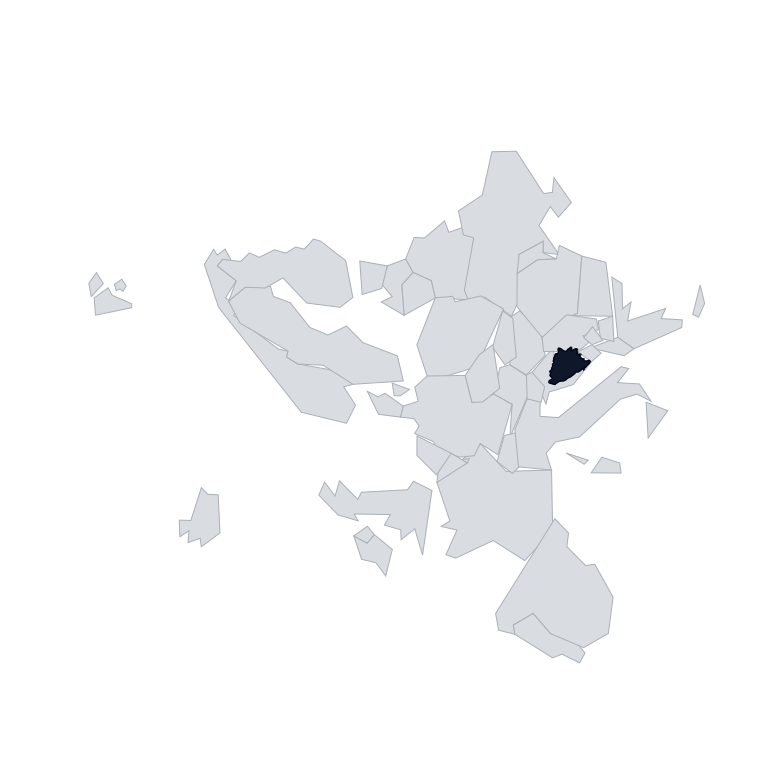 Bosnia and Herzegovina on a map of Europe (orthographic projection), rotated 278°
{"feature_id": "BIH", "entity_name": "Bosnia and Herzegovina", "entity_type": "country or territory", "adm_level": 0, "iso_a3": "BIH", "parent_name": "Europe", "parent_adm1": "", "projection": "orthographic", "projection_center": [18.137, 43.918], "detail": "fine", "context": "in_parent", "style": "filled", "palette": "ink", "viewbox_px": 768, "rotation_deg": 278, "n_neighbors": 37, "source": "natural_earth", "source_scale": "50m", "svg_char_len": 9245}
<svg xmlns="http://www.w3.org/2000/svg" viewBox="0 0 768 768"><g transform="rotate(278 384 384)"><path d="M412.0,88.7L428.8,85.0L440.9,97.5L434.1,102.3L428.3,123.0L424.4,123.4L412.0,88.7ZM495.5,207.9L484.5,216.0L484.9,206.8L477.7,202.5L465.7,223.3L447.2,215.1L440.7,227.7L430.9,225.7L403.9,274.6L403.2,284.4L397.1,283.8L391.8,296.0L390.3,336.9L379.4,353.4L375.6,344.5L359.1,358.8L339.9,352.3L344.5,306.1L436.8,209.6L477.4,189.4L493.7,196.6L488.5,200.8L495.5,207.9ZM454.3,83.7L444.4,92.1L429.8,81.9L442.7,77.7L454.3,83.7ZM451.3,109.8L445.1,115.1L439.5,112.6L441.4,109.4L439.4,105.8L445.1,103.1L451.3,109.8Z" fill="#d9dde1" stroke="#a8b0b8" stroke-width="1"/><path d="M293.9,450.1L338.4,487.6L314.5,517.2L322.1,561.9L262.4,571.4L228.7,548.0L244.2,513.8L221.5,479.2L223.6,469.1L249.5,476.6L250.9,460.4L257.6,468.3L293.9,450.1ZM332.4,593.4L341.0,573.9L336.9,596.8L332.4,593.4Z" fill="#d9dde1" stroke="#a8b0b8" stroke-width="1"/><path d="M379.4,353.4L394.1,321.0L391.8,296.0L397.1,283.8L403.2,284.4L424.3,232.8L444.4,218.6L460.5,233.0L464.9,258.0L455.3,262.3L451.5,279.9L429.7,302.6L424.7,321.6L436.2,338.8L422.0,357.4L413.7,393.4L389.7,402.7L379.4,353.4Z" fill="#d9dde1" stroke="#a8b0b8" stroke-width="1"/><path d="M510.8,388.0L533.3,393.5L534.3,403.8L554.0,421.3L543.2,427.1L549.8,439.9L541.2,452.5L479.2,455.6L476.4,422.8L492.9,416.4L498.6,397.1L510.8,388.0Z" fill="#d9dde1" stroke="#a8b0b8" stroke-width="1"/><path d="M597.2,524.1L612.1,523.5L589.8,544.3L573.4,533.4L582.9,524.0L562.5,515.4L536.6,539.4L536.2,523.1L547.4,521.8L531.1,499.7L495.9,508.9L468.9,500.9L484.0,471.6L479.2,455.6L487.9,450.5L541.2,452.5L542.7,441.9L565.7,433.7L584.9,455.1L629.0,458.5L632.9,482.6L594.8,515.6L597.2,524.1Z" fill="#d9dde1" stroke="#a8b0b8" stroke-width="1"/><path d="M476.4,422.8L480.4,439.8L475.4,443.0L484.6,467.5L474.9,492.0L413.9,473.2L396.8,436.5L397.9,425.6L427.4,411.1L476.4,422.8Z" fill="#d9dde1" stroke="#a8b0b8" stroke-width="1"/><path d="M420.6,505.9L410.9,526.2L397.3,529.3L348.1,516.1L381.6,513.7L389.2,494.1L416.3,496.5L420.6,505.9Z" fill="#d9dde1" stroke="#a8b0b8" stroke-width="1"/><path d="M468.9,500.9L475.2,508.2L460.0,531.2L434.8,539.6L412.8,523.8L420.6,505.9L468.9,500.9Z" fill="#d9dde1" stroke="#a8b0b8" stroke-width="1"/><path d="M511.8,500.5L531.1,499.7L547.4,521.8L536.2,523.1L531.8,537.3L528.4,518.8L511.8,500.5Z" fill="#d9dde1" stroke="#a8b0b8" stroke-width="1"/><path d="M531.8,537.3L545.7,538.3L538.2,562.1L480.9,565.7L452.2,534.1L479.1,504.9L511.8,500.5L528.4,518.8L531.8,537.3Z" fill="#d9dde1" stroke="#a8b0b8" stroke-width="1"/><path d="M498.6,397.1L492.9,416.4L476.4,422.8L454.8,394.3L484.5,387.8L498.6,397.1Z" fill="#d9dde1" stroke="#a8b0b8" stroke-width="1"/><path d="M501.4,370.8L510.8,388.0L498.6,397.1L484.5,387.8L454.8,394.3L464.9,369.9L471.7,379.9L484.5,365.6L501.4,370.8Z" fill="#d9dde1" stroke="#a8b0b8" stroke-width="1"/><path d="M502.4,342.9L501.4,370.8L478.4,368.5L469.5,349.9L502.4,342.9Z" fill="#d9dde1" stroke="#a8b0b8" stroke-width="1"/><path d="M397.9,425.6L403.8,463.2L378.1,473.7L389.2,494.1L381.6,513.7L329.9,506.6L338.4,487.6L325.6,483.3L322.1,469.5L325.6,445.4L333.8,441.2L339.2,421.2L347.3,424.6L353.9,418.4L353.5,405.0L364.8,406.0L371.6,420.3L385.2,414.9L397.9,425.6Z" fill="#d9dde1" stroke="#a8b0b8" stroke-width="1"/><path d="M477.7,560.0L480.9,565.7L538.2,562.1L535.4,586.8L483.0,601.0L477.7,560.0Z" fill="#d9dde1" stroke="#a8b0b8" stroke-width="1"/><path d="M526.0,683.3L508.3,690.3L494.0,686.2L495.8,680.1L526.0,683.3ZM462.7,609.0L521.5,594.7L516.6,605.7L491.7,609.7L499.7,617.2L480.3,616.5L498.0,652.4L487.4,649.3L489.0,670.4L481.4,671.0L453.7,626.6L462.7,609.0Z" fill="#d9dde1" stroke="#a8b0b8" stroke-width="1"/><path d="M462.7,609.0L453.7,626.6L445.4,617.8L448.4,583.1L462.7,609.0Z" fill="#d9dde1" stroke="#a8b0b8" stroke-width="1"/><path d="M416.2,528.9L444.2,546.9L407.5,552.6L434.9,586.3L409.7,571.4L399.1,548.7L386.7,547.2L416.2,528.9Z" fill="#d9dde1" stroke="#a8b0b8" stroke-width="1"/><path d="M349.8,510.3L355.7,525.7L324.5,532.3L313.3,523.6L322.8,506.7L349.8,510.3Z" fill="#d9dde1" stroke="#a8b0b8" stroke-width="1"/><path d="M319.7,469.7L321.9,479.0L317.4,477.4L319.7,469.7Z" fill="#d9dde1" stroke="#a8b0b8" stroke-width="1"/><path d="M324.7,460.3L317.4,477.4L293.9,450.1L316.0,449.3L324.7,460.3Z" fill="#d9dde1" stroke="#a8b0b8" stroke-width="1"/><path d="M337.1,423.9L324.7,460.3L301.3,448.6L317.9,426.5L337.1,423.9Z" fill="#d9dde1" stroke="#a8b0b8" stroke-width="1"/><path d="M154.4,548.3L163.4,545.5L177.7,563.6L159.9,583.9L158.7,606.5L145.6,620.5L135.1,616.4L141.2,597.8L136.3,589.0L154.4,548.3Z" fill="#d9dde1" stroke="#a8b0b8" stroke-width="1"/><path d="M150.7,618.4L159.9,583.9L177.7,563.6L163.4,545.5L154.4,548.3L156.1,531.7L172.4,526.5L274.4,571.9L262.1,587.5L248.4,587.7L232.3,608.9L234.8,617.8L204.9,640.5L168.3,640.9L150.7,618.4Z" fill="#d9dde1" stroke="#a8b0b8" stroke-width="1"/><path d="M233.5,395.3L221.3,415.3L194.1,412.4L205.8,401.0L207.3,386.2L229.4,375.2L224.0,389.4L233.5,395.3Z" fill="#d9dde1" stroke="#a8b0b8" stroke-width="1"/><path d="M357.0,520.0L389.3,527.8L389.8,540.9L373.7,542.9L375.0,561.4L434.2,616.5L433.3,624.2L417.9,615.1L419.6,637.0L404.1,650.8L409.2,635.9L402.0,620.3L358.8,585.0L350.5,561.9L338.0,554.2L322.1,561.9L320.7,528.7L357.0,520.0ZM367.4,653.1L402.4,646.1L397.0,668.7L367.4,653.1ZM324.9,601.6L341.8,609.9L338.6,628.4L328.8,631.2L324.9,601.6Z" fill="#d9dde1" stroke="#a8b0b8" stroke-width="1"/><path d="M364.8,406.0L353.5,405.0L353.2,382.8L374.4,368.5L370.5,379.8L375.0,386.3L364.8,406.0ZM386.0,392.0L382.1,410.0L374.4,401.5L373.9,395.7L386.0,392.0Z" fill="#d9dde1" stroke="#a8b0b8" stroke-width="1"/><path d="M233.5,395.3L224.0,389.4L229.4,375.2L240.8,387.4L233.5,395.3ZM255.6,408.5L251.1,372.5L244.9,377.5L247.9,356.8L264.8,335.0L278.6,338.8L266.3,351.1L281.9,353.4L266.2,374.0L273.7,376.8L282.5,422.0L291.8,426.7L285.2,446.3L219.9,446.0L244.9,434.6L232.2,422.6L241.9,420.9L244.3,404.0L255.6,408.5Z" fill="#d9dde1" stroke="#a8b0b8" stroke-width="1"/><path d="M255.9,217.6L250.3,224.7L251.2,235.2L213.7,242.3L197.3,225.7L205.6,223.5L199.7,212.0L211.6,211.4L204.3,203.1L220.7,200.2L222.0,211.7L255.9,217.6Z" fill="#d9dde1" stroke="#a8b0b8" stroke-width="1"/><path d="M389.3,527.8L412.8,523.8L416.2,528.9L403.6,543.5L387.6,542.1L389.3,527.8Z" fill="#d9dde1" stroke="#a8b0b8" stroke-width="1"/><path d="M484.9,206.8L485.4,225.0L495.1,232.4L492.1,242.8L501.6,256.7L499.9,268.5L507.3,277.4L506.5,286.4L517.7,294.0L516.7,301.2L500.9,328.9L465.4,341.1L453.8,329.7L453.4,296.2L475.0,269.1L462.5,253.0L460.5,233.0L444.4,218.6L465.7,223.3L477.7,202.5L484.9,206.8Z" fill="#d9dde1" stroke="#a8b0b8" stroke-width="1"/><path d="M472.8,491.3L467.0,502.4L429.0,511.2L419.8,501.0L435.5,486.5L472.8,491.3Z" fill="#d9dde1" stroke="#a8b0b8" stroke-width="1"/><path d="M403.8,463.2L426.3,474.3L438.2,486.5L395.9,499.1L379.9,484.1L378.1,473.7L403.8,463.2Z" fill="#d9dde1" stroke="#a8b0b8" stroke-width="1"/><path d="M476.2,587.4L483.0,601.0L458.1,605.7L459.4,591.9L476.2,587.4Z" fill="#d9dde1" stroke="#a8b0b8" stroke-width="1"/><path d="M438.5,537.4L452.2,534.1L477.9,555.1L477.9,585.3L467.8,588.8L459.4,574.5L453.8,581.2L442.8,571.3L438.5,537.4Z" fill="#d9dde1" stroke="#a8b0b8" stroke-width="1"/><path d="M451.9,584.5L444.7,594.7L434.9,586.3L442.8,571.3L451.9,584.5Z" fill="#d9dde1" stroke="#a8b0b8" stroke-width="1"/><path d="M457.6,594.8L451.9,584.5L457.5,575.4L469.7,582.5L457.6,594.8Z" fill="#d9dde1" stroke="#a8b0b8" stroke-width="1"/><path d="M443.8,552.0L443.9,552.3L443.7,553.4L443.3,554.6L442.6,555.9L441.9,557.1L441.7,557.7L441.7,558.7L441.6,559.4L441.7,559.9L442.0,560.3L442.8,560.6L443.9,561.3L444.8,562.3L446.0,563.5L446.4,563.9L446.4,564.3L446.1,564.7L445.1,564.8L444.0,564.8L443.6,564.6L443.2,564.8L443.0,565.1L443.1,565.4L444.2,566.7L445.5,568.7L445.6,569.6L445.5,570.3L445.2,570.8L444.6,570.7L444.2,570.3L443.6,570.4L443.1,570.5L442.5,571.2L442.2,571.2L441.7,571.3L441.4,571.4L440.8,571.2L440.3,571.1L440.0,571.3L439.9,571.8L440.3,572.5L440.9,573.7L440.8,574.7L440.3,574.8L439.9,574.0L439.5,573.9L439.0,573.9L438.0,574.8L437.2,575.6L437.0,576.1L436.7,576.7L436.7,577.1L436.7,578.5L435.3,578.7L435.0,578.9L434.8,579.3L434.9,581.1L435.1,582.0L435.9,583.5L435.9,584.0L435.8,584.3L435.2,584.8L434.9,585.1L433.8,584.7L433.4,584.6L431.5,583.3L430.7,582.5L429.4,581.6L428.5,581.1L428.1,580.2L427.5,580.1L426.7,580.3L425.9,579.7L426.5,579.4L426.6,579.1L426.6,578.8L426.3,578.2L424.0,576.0L422.9,574.5L422.7,573.9L422.7,572.5L422.4,572.1L420.8,571.4L418.9,569.5L417.0,567.7L416.7,567.1L415.8,565.7L414.6,564.4L413.6,563.6L412.9,562.7L412.0,561.3L411.6,559.4L411.3,557.6L411.0,557.0L410.5,556.7L408.8,554.6L407.4,553.4L407.4,552.1L407.7,550.0L408.1,547.5L408.4,547.2L409.1,547.0L409.8,547.1L410.5,547.4L411.7,549.1L412.5,549.8L413.1,550.1L413.8,549.4L414.7,547.9L415.5,547.2L418.1,547.5L419.4,546.4L421.5,547.9L422.3,548.1L422.8,547.9L423.5,548.0L424.9,548.5L425.3,548.7L425.7,548.6L426.8,548.1L427.1,548.1L428.4,549.3L429.0,549.3L429.7,548.8L430.2,548.4L431.6,548.7L432.4,548.5L433.1,548.5L433.8,548.7L434.5,548.9L435.2,549.2L436.9,549.3L437.8,550.0L438.1,550.7L438.1,551.1L438.2,551.6L438.7,552.0L439.7,552.3L440.4,552.2L440.8,552.2L441.7,551.8L442.7,551.5L443.5,551.8L443.8,552.0Z" fill="#0f172a" stroke="#020617" stroke-width="1.5"/></g></svg>